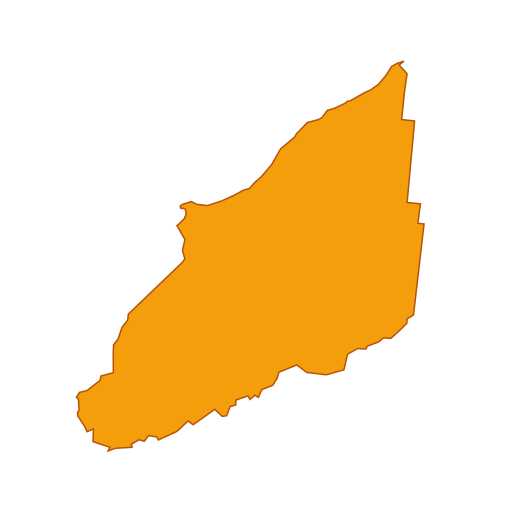 outline of Sonoma, California, United States of America, rotated 96°
{"feature_id": "52423323B39454223771984", "entity_name": "Sonoma", "entity_type": "district", "adm_level": 2, "iso_a3": "USA", "parent_name": "United States of America", "parent_adm1": "California", "projection": "natural_earth1", "projection_center": [-122.845, 38.481], "detail": "fine", "context": "isolated", "style": "filled", "palette": "amber", "viewbox_px": 512, "rotation_deg": 96, "n_neighbors": 0, "source": "geoboundaries", "source_scale": "gbopen_adm2", "svg_char_len": 1531}
<svg xmlns="http://www.w3.org/2000/svg" viewBox="0 0 512 512"><g transform="rotate(96 256 256)"><path d="M445.1,399.6L457.7,398.7L461.5,381.3L465.3,382.7L461.9,375.6L459.2,359.2L456.4,360.4L451.0,353.2L451.9,347.7L445.8,344.1L446.4,335.6L449.2,333.9L438.7,316.3L427.1,306.3L430.4,300.9L412.8,281.0L419.0,272.8L417.9,268.5L408.5,266.0L406.2,260.5L401.4,261.0L396.0,249.3L399.3,247.0L394.6,242.5L396.4,238.8L388.3,236.3L382.8,225.8L375.6,222.3L369.1,221.0L360.1,204.1L366.5,193.3L366.8,173.7L360.0,156.7L344.0,154.6L337.4,145.2L337.0,137.0L334.0,135.8L328.6,125.0L324.1,120.7L323.9,113.4L315.5,105.8L307.2,99.0L302.7,99.1L298.2,93.2L206.6,92.2L206.5,98.4L186.9,97.9L187.0,111.3L105.1,112.4L105.1,125.4L78.3,125.5L58.9,124.8L51.1,133.6L46.7,129.2L49.6,135.7L53.3,140.9L62.0,145.2L72.2,151.9L79.0,159.5L82.2,165.1L91.8,178.5L92.7,181.7L94.4,182.7L101.1,193.8L103.7,200.3L111.5,204.9L113.7,207.9L117.8,218.7L130.0,228.4L133.6,229.9L146.8,242.7L163.6,250.1L176.2,258.7L183.7,265.5L189.5,269.5L191.8,275.3L198.4,284.9L204.8,295.9L210.9,309.4L210.8,320.3L208.6,325.9L212.5,334.9L214.4,336.6L216.1,336.1L216.6,334.9L216.1,333.3L217.0,331.1L221.3,329.9L226.4,331.2L233.6,337.2L234.0,337.8L247.0,328.4L258.0,329.7L266.4,326.5L269.8,328.4L327.1,376.9L333.1,376.9L340.7,381.7L352.9,384.5L359.3,388.4L367.6,387.8L387.0,385.7L391.5,397.6L396.1,398.2L407.4,409.9L410.1,417.3L415.4,419.8L415.6,418.8L417.6,417.5L428.0,415.8L429.7,417.0L433.5,416.7L444.0,408.1L448.4,405.7L445.1,399.6Z" fill="#f59e0b" stroke="#b45309" stroke-width="1.5"/></g></svg>